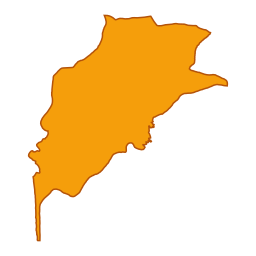 outline of Fatick, Fatick, Senegal
{"feature_id": "50182788B55839740763416", "entity_name": "Fatick", "entity_type": "district", "adm_level": 2, "iso_a3": "SEN", "parent_name": "Senegal", "parent_adm1": "Fatick", "projection": "orthographic", "projection_center": [-16.497, 14.221], "detail": "fine", "context": "isolated", "style": "filled", "palette": "amber", "viewbox_px": 256, "rotation_deg": 0, "n_neighbors": 0, "source": "geoboundaries", "source_scale": "gbopen_adm2", "svg_char_len": 5719}
<svg xmlns="http://www.w3.org/2000/svg" viewBox="0 0 256 256"><path d="M104.3,15.4L105.5,18.6L106.2,21.8L106.1,23.5L105.8,24.7L104.1,27.9L103.8,29.1L103.4,29.8L103.1,31.5L102.7,32.3L102.4,33.8L102.5,35.2L102.3,37.5L101.4,40.5L99.6,44.5L98.9,45.6L98.3,46.1L97.8,47.7L96.9,48.9L95.1,50.2L92.9,52.4L91.7,53.2L90.1,54.8L88.2,56.2L84.4,59.2L81.8,60.4L80.9,60.4L78.0,61.7L76.5,63.4L75.4,64.4L74.6,65.7L73.3,67.2L72.3,67.5L62.8,68.0L61.5,68.3L60.3,69.1L57.9,71.4L57.0,72.6L53.9,75.6L53.5,76.4L53.3,77.0L53.2,79.3L52.8,81.6L52.0,89.5L52.0,91.3L51.7,92.9L51.8,93.8L51.7,95.0L52.4,98.4L52.5,100.9L52.4,102.4L52.0,104.3L50.6,107.1L47.7,111.6L46.7,112.9L44.5,115.3L42.1,118.6L42.0,119.1L41.3,120.5L40.9,121.6L40.7,123.4L41.1,125.1L41.9,126.6L42.6,128.1L44.5,129.9L46.1,130.7L47.5,131.1L47.9,131.0L48.2,133.4L47.9,134.7L46.5,137.3L45.5,137.9L45.1,138.8L44.4,138.8L43.4,138.9L42.7,139.3L42.2,140.6L41.1,141.7L38.7,142.6L36.8,144.4L36.7,145.2L37.0,146.1L39.1,148.6L39.6,149.5L39.7,150.6L39.3,151.2L38.5,151.2L37.8,150.8L37.1,150.8L35.4,151.7L34.5,151.9L33.6,151.8L33.0,151.6L32.8,150.9L32.2,150.8L31.5,151.0L30.7,151.5L29.7,152.7L28.8,154.2L28.6,155.9L29.1,156.7L30.1,157.8L31.4,158.5L32.1,159.1L32.6,159.9L35.7,161.3L35.7,162.0L35.5,162.6L35.6,163.5L36.7,164.1L38.2,165.7L39.1,167.4L39.7,169.0L39.6,170.7L39.9,172.2L39.5,173.0L38.7,173.0L37.0,172.6L36.4,172.6L34.5,175.7L33.1,176.8L33.6,179.9L33.6,181.4L34.7,189.6L34.8,192.3L35.0,194.2L35.3,195.4L35.3,197.3L35.5,199.2L35.5,201.7L35.8,205.5L35.6,208.1L35.8,209.9L35.9,215.2L35.7,217.6L36.2,218.9L36.3,222.1L36.0,222.7L36.4,224.7L36.5,227.0L36.2,228.8L36.2,230.5L36.5,231.0L36.8,234.0L36.8,234.8L37.1,235.0L37.4,236.8L37.4,238.5L37.3,239.9L37.6,240.5L37.8,240.6L39.9,240.6L40.0,235.1L39.8,231.9L39.8,229.0L39.7,225.8L39.9,223.4L39.8,220.3L39.7,219.6L39.8,217.8L39.4,213.2L39.6,211.9L39.7,208.9L39.6,208.5L39.7,207.3L39.6,207.0L40.0,205.2L40.2,204.2L41.0,202.9L42.3,200.8L43.5,199.2L43.9,198.9L44.1,198.5L45.2,197.5L48.4,194.7L50.7,192.4L50.9,191.7L51.6,190.8L52.2,190.5L53.1,189.6L53.8,189.3L56.1,189.1L56.7,189.2L59.2,189.9L60.9,190.8L62.1,191.9L63.8,193.0L65.5,193.4L66.2,193.8L67.1,194.0L68.4,194.6L69.3,195.1L69.8,195.7L70.9,196.3L71.6,196.3L72.1,196.6L72.7,196.5L73.2,196.6L73.9,196.5L75.0,196.0L77.6,194.1L79.5,192.5L81.8,188.2L82.6,186.9L82.8,186.3L84.6,183.5L86.2,181.5L86.3,181.0L87.8,179.4L88.0,178.9L88.5,178.5L88.8,178.0L90.3,176.8L91.8,176.1L92.1,175.7L93.6,175.3L94.0,174.8L94.5,174.7L95.6,174.2L96.4,174.2L98.2,173.4L98.6,173.0L100.2,172.0L101.7,170.5L102.2,170.1L104.1,167.6L105.1,166.5L105.6,166.1L107.1,164.0L107.7,163.6L108.0,163.2L108.5,162.5L109.5,160.4L110.5,159.1L112.3,155.8L113.5,154.3L117.2,152.6L117.8,152.6L118.5,152.3L119.2,152.3L119.8,152.1L120.2,152.3L121.8,152.3L122.4,152.0L123.0,152.0L124.3,152.2L125.5,152.2L125.8,151.9L126.3,151.0L126.2,147.2L126.4,146.4L126.7,145.5L128.3,143.5L129.6,143.0L130.5,142.9L131.3,142.9L132.5,143.4L133.6,144.9L134.0,146.0L134.8,147.3L135.3,147.5L136.1,148.1L138.7,149.1L141.5,149.7L143.4,149.4L144.1,148.7L145.0,147.2L144.0,145.9L143.3,145.4L143.1,144.7L144.9,144.7L146.1,144.3L146.4,144.1L146.2,143.1L146.2,142.0L147.0,142.2L147.6,142.7L148.1,142.5L148.4,142.0L148.3,140.8L149.2,140.9L149.7,141.4L150.7,141.9L151.3,141.6L151.4,141.4L150.9,140.9L150.8,140.5L150.7,140.4L150.1,140.6L149.8,140.1L149.2,139.6L148.7,138.9L148.8,138.3L150.0,138.1L150.6,137.9L150.6,137.5L150.4,136.5L149.4,133.8L148.9,133.2L148.7,132.6L148.6,132.2L149.0,131.6L149.2,130.6L149.0,128.8L149.1,127.8L148.8,126.6L148.8,126.2L149.4,126.1L150.3,127.7L150.7,127.7L151.2,127.7L152.0,127.5L152.2,127.3L152.6,126.6L152.9,126.4L153.1,126.9L153.0,127.4L153.3,127.4L154.0,127.0L154.0,126.7L153.5,126.1L153.8,125.4L153.7,125.2L154.0,124.6L153.7,124.4L152.9,124.4L152.8,123.9L151.5,122.4L152.5,122.1L153.1,121.7L152.5,120.3L152.8,119.0L153.3,117.6L153.8,117.2L155.3,116.8L156.2,116.2L159.3,114.7L161.5,114.0L161.9,114.2L162.5,114.0L164.6,112.2L165.8,111.5L167.0,110.6L168.5,109.1L168.9,108.5L169.5,108.2L170.7,106.9L172.3,105.0L172.6,104.4L172.8,103.9L173.7,102.8L174.2,102.5L175.5,101.3L176.4,100.6L176.7,100.5L177.7,99.6L178.7,98.2L179.0,97.4L179.8,96.4L180.1,95.9L180.5,95.5L182.2,94.4L184.3,93.5L186.4,93.4L187.7,93.2L190.9,93.1L193.4,92.6L195.0,92.0L195.5,91.7L197.7,91.1L200.6,89.9L202.6,89.5L203.0,89.2L206.6,88.1L207.4,88.0L210.1,86.8L211.3,86.4L213.8,85.2L216.3,84.6L217.3,84.5L218.3,84.7L221.6,85.0L224.0,85.6L227.2,85.9L227.4,84.0L227.3,82.7L227.0,81.6L226.5,80.7L226.1,80.3L224.0,78.9L222.1,78.3L219.8,77.0L217.7,76.0L217.2,75.9L215.4,74.9L212.9,74.6L211.2,74.9L210.0,74.9L209.4,75.0L207.2,74.8L206.1,74.6L204.3,74.2L200.9,73.0L200.2,72.8L199.5,72.4L198.0,72.3L196.3,71.8L194.7,71.4L194.4,71.2L193.5,71.0L193.0,70.7L192.6,70.6L192.2,70.7L191.7,70.5L190.4,69.9L190.2,69.6L189.4,68.9L189.5,68.4L189.8,67.7L190.0,67.0L190.3,66.5L190.8,66.0L191.1,66.0L192.0,65.0L193.1,64.4L194.2,63.2L194.5,62.4L194.8,59.2L194.6,58.5L194.8,57.9L194.7,56.2L194.9,55.9L195.0,53.6L195.2,53.2L195.1,51.8L195.9,48.6L196.1,48.1L196.9,47.0L197.1,46.1L197.4,45.6L198.5,44.9L199.2,43.9L199.6,42.9L200.9,42.0L201.1,41.6L201.7,41.0L203.1,40.0L203.4,39.4L204.2,39.0L204.7,38.5L205.5,37.9L206.2,37.6L206.6,37.0L207.6,36.5L208.3,35.3L209.3,34.5L209.8,34.3L210.1,33.6L210.4,33.1L210.5,32.6L209.3,32.3L207.3,30.8L205.9,29.9L203.8,29.6L199.8,28.3L198.1,27.4L196.4,25.8L195.7,25.6L192.9,25.6L188.1,25.3L184.5,24.2L178.7,24.0L176.2,23.6L175.3,23.6L173.3,23.9L172.1,24.2L165.4,24.8L161.5,25.7L158.5,25.8L156.9,25.4L153.9,21.4L150.8,16.3L150.1,16.3L144.5,17.2L137.2,17.8L134.1,17.7L132.1,17.8L129.0,18.7L125.1,18.9L122.6,18.5L119.9,18.4L118.3,18.8L116.7,19.5L115.3,19.7L112.9,17.7L111.1,16.7L109.5,16.0L107.3,15.5L104.3,15.4Z" fill="#f59e0b" stroke="#b45309" stroke-width="1.5"/></svg>